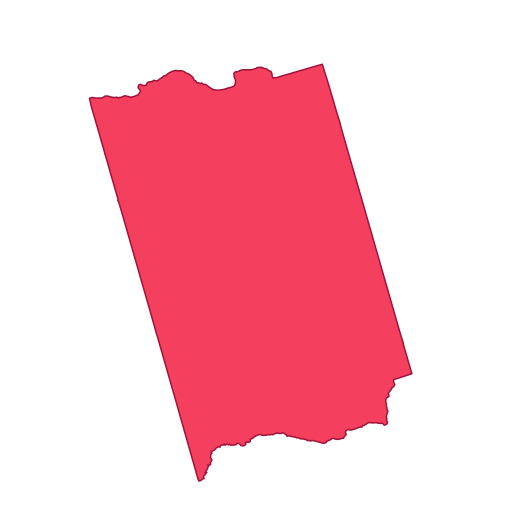 outline of Brasília, Distrito Federal, Brazil, rotated 74°
{"feature_id": "56859067B90477915212525", "entity_name": "Brasília", "entity_type": "district", "adm_level": 2, "iso_a3": "BRA", "parent_name": "Brazil", "parent_adm1": "Distrito Federal", "projection": "albers", "projection_center": [-47.765, -15.776], "detail": "fine", "context": "isolated", "style": "filled", "palette": "rose", "viewbox_px": 512, "rotation_deg": 74, "n_neighbors": 0, "source": "geoboundaries", "source_scale": "gbopen_adm2", "svg_char_len": 4820}
<svg xmlns="http://www.w3.org/2000/svg" viewBox="0 0 512 512"><g transform="rotate(74 256 256)"><path d="M455.7,367.4L453.5,367.3L452.1,365.1L450.5,363.2L449.9,364.5L447.2,361.3L446.0,360.6L444.9,359.5L443.8,359.9L444.2,358.4L443.8,357.1L442.1,356.8L441.0,355.6L440.1,354.7L437.3,355.2L435.7,354.7L434.4,354.2L433.5,352.8L431.9,352.9L431.5,351.4L431.0,349.5L429.2,346.2L429.1,344.7L429.8,343.4L428.6,342.5L428.2,340.9L428.7,339.6L428.0,338.5L429.2,338.0L428.9,335.6L430.1,334.4L429.7,333.2L430.9,332.4L431.4,330.4L431.7,329.0L431.8,327.1L430.8,325.6L431.5,324.3L432.6,323.3L433.8,322.8L434.9,321.3L435.0,319.3L434.1,317.6L432.6,317.7L432.4,316.2L433.1,313.7L432.6,312.6L430.8,312.0L430.3,310.5L430.1,308.9L429.3,307.4L429.0,305.6L428.5,303.9L428.6,302.3L428.9,300.9L430.0,299.4L430.7,297.5L431.0,295.8L431.0,293.8L431.7,292.2L431.9,290.5L432.5,288.7L431.9,286.5L432.2,284.2L433.0,282.4L433.5,280.9L433.3,279.4L433.7,278.1L434.9,277.3L436.5,276.0L437.9,275.8L437.6,274.6L438.4,273.5L438.9,272.3L439.6,270.9L440.3,269.8L440.8,268.3L442.0,267.0L442.4,265.3L443.7,264.1L444.4,262.6L444.9,261.0L445.7,259.8L446.2,258.5L447.7,257.4L448.0,255.4L448.9,254.6L448.7,253.2L449.3,251.8L450.5,249.6L451.3,248.3L452.2,246.8L453.1,245.3L454.3,243.6L454.8,241.5L454.8,240.3L453.5,238.7L453.4,237.1L453.2,235.3L452.4,233.1L452.6,231.5L453.8,230.5L454.4,229.1L454.8,227.8L455.1,226.6L454.9,225.3L455.1,223.8L455.3,222.2L454.3,221.2L453.5,220.2L453.0,219.0L451.9,218.4L450.4,218.7L449.1,218.2L448.3,216.4L448.1,215.1L449.0,214.2L449.4,212.9L449.6,211.7L449.5,209.7L449.5,208.2L449.4,206.8L449.1,204.6L449.3,202.6L449.5,201.3L448.5,200.1L448.6,198.6L448.3,197.3L447.9,196.1L447.3,194.9L447.4,193.0L448.2,191.0L448.7,189.3L449.0,188.0L449.5,186.3L450.4,184.6L451.2,182.8L451.3,181.5L452.2,180.1L453.9,179.4L454.0,177.8L453.4,176.2L451.7,175.3L450.0,176.0L448.7,175.1L446.9,175.3L445.2,174.3L443.2,173.2L441.6,172.0L439.8,172.3L438.1,172.0L436.0,172.0L434.3,171.4L432.3,171.6L431.1,171.1L429.9,170.9L428.4,169.5L427.6,166.9L426.1,166.6L424.2,166.6L423.4,165.4L422.3,164.0L421.6,162.8L420.1,161.5L419.6,159.8L418.6,158.7L417.5,158.0L416.2,158.3L414.4,158.4L412.8,157.7L412.1,138.6L387.5,138.7L381.5,138.7L380.2,138.4L373.6,138.6L369.9,138.6L368.2,138.7L365.1,138.7L352.5,138.7L346.4,138.7L342.1,138.7L339.4,138.7L334.1,138.7L332.4,138.7L330.8,138.7L312.1,138.7L300.8,138.7L266.7,138.7L232.6,138.7L182.2,138.8L158.0,138.8L150.6,138.6L141.7,138.8L114.0,138.9L90.0,139.4L89.9,145.5L90.1,178.1L90.1,182.7L90.2,184.4L90.2,185.9L90.2,187.5L89.4,190.7L87.4,190.8L86.2,190.6L84.8,190.5L83.6,190.5L82.5,190.9L81.2,192.7L79.5,193.9L78.7,195.1L77.9,196.5L76.7,198.0L75.9,199.3L75.5,201.4L75.2,203.0L75.8,204.8L75.7,206.1L75.8,207.8L75.5,209.9L75.0,211.5L74.6,212.8L74.2,214.3L73.8,215.9L73.2,218.0L73.3,220.3L73.8,222.7L73.3,225.2L74.2,226.8L76.0,227.2L77.4,227.6L79.3,227.4L81.0,227.2L82.9,227.7L84.9,228.6L86.3,229.8L86.8,230.9L86.9,232.7L86.9,234.6L86.8,236.5L86.8,238.1L86.9,239.6L86.9,241.5L86.7,243.5L86.5,245.3L86.0,247.1L85.3,249.1L84.0,251.3L82.8,252.7L81.4,253.8L79.9,255.1L78.4,256.1L77.3,256.9L76.8,258.2L76.2,259.7L74.7,260.5L74.8,262.1L73.7,263.4L73.2,265.1L71.2,265.6L69.9,267.0L68.4,267.2L66.3,267.6L65.0,268.8L63.3,269.7L61.7,271.5L60.4,273.1L58.9,274.3L57.4,276.5L56.8,278.6L56.4,280.4L55.5,281.8L55.4,284.6L55.4,286.4L55.9,287.7L56.1,289.7L56.9,291.3L57.3,292.5L57.7,293.7L57.5,295.4L58.5,296.8L59.1,299.1L59.6,300.5L60.2,301.5L60.5,302.7L59.8,304.3L58.9,305.9L59.5,307.3L59.5,308.8L59.3,310.2L59.1,311.8L60.1,313.3L61.5,314.4L61.4,316.7L60.6,318.1L59.1,319.6L59.4,321.8L61.8,323.0L63.7,322.0L65.6,321.5L67.0,323.0L68.5,324.7L68.7,326.8L69.1,328.9L68.9,331.0L68.9,332.8L67.9,333.9L67.3,335.2L66.6,336.5L65.7,338.0L66.2,340.6L66.3,342.0L65.9,343.1L66.2,344.8L65.0,346.0L64.8,347.5L64.4,349.2L63.5,350.8L62.7,352.5L61.7,353.7L60.9,355.9L60.7,357.1L61.1,358.4L61.5,359.7L61.5,361.4L60.9,363.0L60.5,365.0L59.9,367.0L59.0,368.3L58.4,370.3L58.5,372.6L66.3,373.1L93.3,373.0L106.8,373.0L112.2,373.0L113.6,373.0L115.0,373.1L121.3,373.0L127.5,373.0L131.0,373.0L137.1,373.1L143.4,373.0L145.7,373.0L147.1,373.0L148.9,373.0L150.8,373.0L152.8,373.0L154.0,373.0L155.3,373.0L157.4,373.0L158.8,373.0L160.7,373.0L163.4,373.0L164.5,373.6L166.5,373.1L167.9,373.1L169.5,373.1L172.1,373.1L173.7,373.0L175.4,373.0L177.0,373.0L178.6,373.1L179.9,373.0L181.8,373.0L184.0,373.0L186.4,373.0L188.2,373.0L190.0,373.0L191.6,373.0L193.8,373.0L197.9,373.0L204.1,373.0L205.6,373.0L209.3,373.0L216.1,373.0L218.7,373.0L236.8,373.0L242.0,373.0L245.9,373.0L249.0,373.0L277.5,373.0L279.9,373.0L287.2,373.0L302.2,373.1L306.7,373.0L325.1,373.0L329.8,373.0L338.1,373.0L355.2,373.0L362.8,373.0L367.8,373.0L373.7,373.0L397.8,373.1L412.8,373.1L453.1,373.2L455.1,373.2L456.6,372.8L456.6,370.5L455.6,369.5L455.7,367.4Z" fill="#f43f5e" stroke="#9f1239" stroke-width="1.5"/></g></svg>